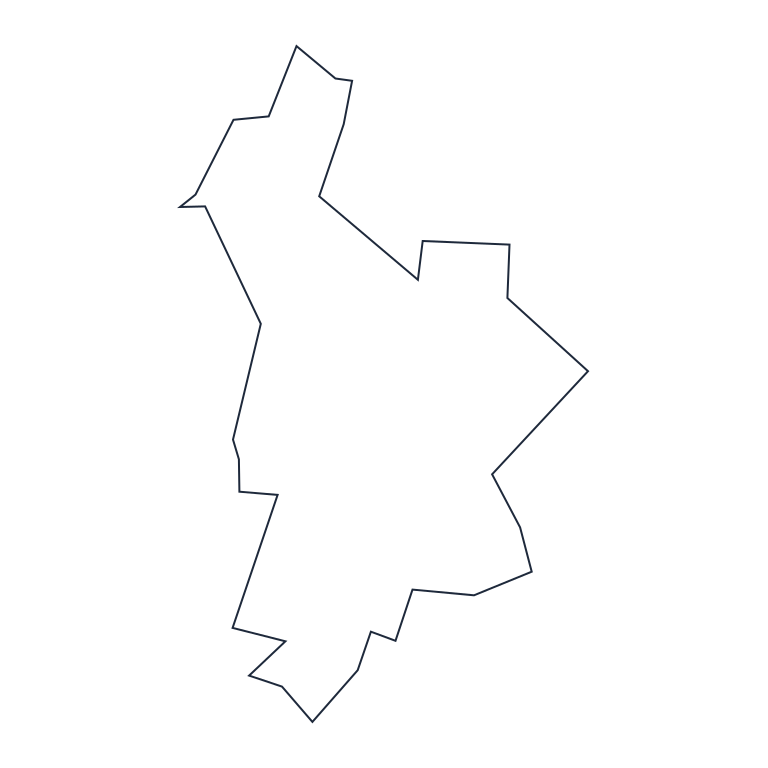 outline of Paxtakor, Jizzakh, Uzbekistan
{"feature_id": "79887680B29992956990251", "entity_name": "Paxtakor", "entity_type": "district", "adm_level": 2, "iso_a3": "UZB", "parent_name": "Uzbekistan", "parent_adm1": "Jizzakh", "projection": "natural_earth1", "projection_center": [68.003, 40.317], "detail": "fine", "context": "isolated", "style": "outline", "palette": "slate", "viewbox_px": 768, "rotation_deg": 0, "n_neighbors": 0, "source": "geoboundaries", "source_scale": "gbopen_adm2", "svg_char_len": 532}
<svg xmlns="http://www.w3.org/2000/svg" viewBox="0 0 768 768"><path d="M312.4,721.9L357.7,670.2L370.9,631.7L395.5,640.8L412.5,589.6L474.0,595.3L531.7,571.7L520.1,527.4L492.1,474.3L588.0,371.2L507.4,298.0L509.5,244.6L422.7,241.0L417.9,279.8L319.2,196.3L343.7,124.2L352.1,80.8L335.4,78.5L296.5,46.1L268.7,116.4L233.5,119.8L195.5,194.6L180.0,207.0L205.1,206.4L260.8,323.8L233.0,439.6L238.9,459.3L239.4,491.7L277.6,494.9L232.6,627.9L285.4,641.3L249.1,675.6L282.0,686.6L312.4,721.9Z" fill="none" stroke="#1e293b" stroke-width="2"/></svg>